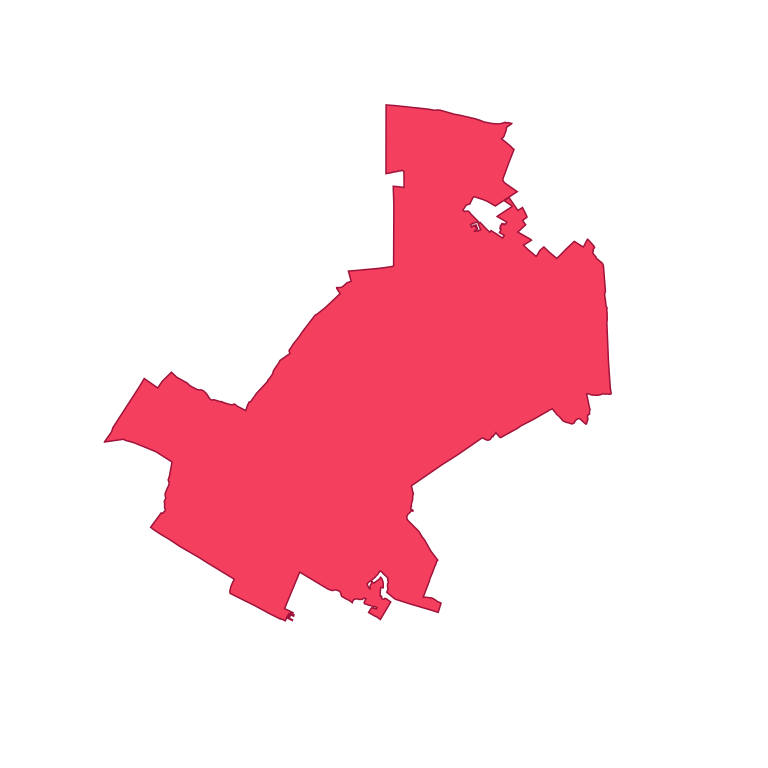 the district of Simnicu De Sus, Dolj, Romania, rotated 228°
{"feature_id": "2599482B71423857847372", "entity_name": "Simnicu De Sus", "entity_type": "district", "adm_level": 2, "iso_a3": "ROU", "parent_name": "Romania", "parent_adm1": "Dolj", "projection": "equal_earth", "projection_center": [23.793, 44.407], "detail": "fine", "context": "isolated", "style": "filled", "palette": "rose", "viewbox_px": 768, "rotation_deg": 228, "n_neighbors": 0, "source": "geoboundaries", "source_scale": "gbopen_adm2", "svg_char_len": 6159}
<svg xmlns="http://www.w3.org/2000/svg" viewBox="0 0 768 768"><g transform="rotate(228 384 384)"><path d="M497.4,649.2L498.8,646.0L500.5,643.2L502.4,641.5L504.3,639.4L511.6,633.8L516.1,631.6L519.8,629.4L532.9,620.3L537.4,616.8L550.0,608.9L551.9,607.1L553.4,604.9L558.4,601.0L583.4,578.6L590.0,572.3L539.0,526.2L535.8,531.4L534.9,533.3L534.0,534.4L532.6,537.1L531.6,538.4L530.5,540.6L528.6,541.0L516.7,530.5L524.8,523.2L510.0,510.7L465.2,470.0L466.8,467.2L472.9,458.2L491.7,433.1L482.3,428.3L484.0,424.2L484.0,418.7L484.5,416.7L487.3,413.3L486.6,412.8L480.5,411.8L480.2,411.5L480.5,410.3L480.1,394.4L480.1,390.2L480.8,380.3L481.2,379.6L481.1,378.0L477.5,358.7L475.9,352.2L474.3,342.7L473.4,340.0L472.8,336.7L472.0,335.5L469.5,334.4L469.9,332.3L471.1,322.4L470.3,320.6L468.1,311.4L467.1,309.4L466.4,308.8L465.9,307.3L465.0,303.8L464.5,300.1L463.7,298.4L462.4,282.9L461.6,279.9L460.3,273.8L460.3,272.7L460.9,271.8L459.5,268.4L457.4,264.6L456.7,263.6L457.7,263.1L465.7,260.1L468.6,259.7L469.4,259.3L470.0,257.2L472.9,255.1L478.7,251.7L479.3,251.8L480.8,250.3L486.1,247.1L487.3,245.3L488.6,244.7L490.0,244.6L494.1,245.5L496.7,245.6L499.0,245.4L501.7,244.5L503.5,242.5L505.0,241.4L511.3,239.1L512.9,238.6L516.4,238.4L527.7,234.5L535.0,233.9L534.4,221.1L532.5,213.2L548.5,209.5L545.6,200.1L533.0,153.4L531.3,150.5L530.5,148.6L528.1,137.8L527.9,137.5L527.3,138.4L517.0,153.8L516.1,153.7L515.2,154.1L507.8,158.8L486.5,169.1L467.9,174.3L459.3,163.1L457.6,160.3L457.2,159.4L454.9,158.5L454.7,158.7L453.4,157.1L452.5,155.6L451.5,153.0L449.2,148.4L448.5,147.4L445.1,145.3L443.8,142.1L442.8,141.6L438.6,138.0L437.1,137.6L436.4,136.9L436.0,133.0L437.3,132.2L433.7,114.7L429.6,115.4L421.7,117.5L412.1,120.5L399.9,123.6L378.6,130.5L369.5,133.0L339.2,142.1L337.5,138.0L335.7,134.3L333.3,130.9L331.4,129.5L305.6,139.7L289.5,145.4L278.7,149.7L278.9,150.2L274.0,152.2L275.4,155.3L269.6,157.6L269.9,158.2L275.8,155.9L276.2,156.9L273.8,157.9L274.4,159.0L276.5,158.3L276.9,159.4L272.0,161.4L272.7,162.7L276.5,161.1L276.8,161.9L274.6,162.8L274.9,163.4L283.6,159.8L300.6,195.5L269.2,205.1L265.5,207.0L264.5,208.2L264.3,209.0L263.2,210.4L262.0,211.2L260.0,212.1L258.5,212.2L254.6,210.4L250.0,211.9L246.0,213.5L242.7,214.1L243.8,216.1L243.9,217.0L243.7,217.9L242.9,219.6L242.3,220.3L241.3,220.8L240.0,221.9L238.5,223.7L238.0,226.4L236.4,226.8L236.4,226.3L235.8,225.1L235.1,223.2L234.7,222.8L233.9,222.5L229.4,224.9L227.9,226.1L225.1,227.4L225.0,228.2L222.6,229.2L222.0,227.8L226.1,224.9L224.5,219.6L217.4,222.0L215.7,222.8L211.4,223.7L217.5,243.2L220.9,242.4L222.0,242.3L224.0,241.4L224.2,241.0L223.9,240.4L225.6,238.7L227.0,239.4L227.7,240.1L227.9,240.1L227.8,239.5L228.1,239.5L228.3,239.9L229.1,239.3L231.6,241.7L234.9,245.4L234.9,245.7L233.1,246.9L233.1,247.1L233.7,247.7L236.4,250.1L237.7,250.9L240.5,252.1L242.6,252.2L242.8,252.1L242.7,251.7L242.2,250.8L242.1,250.2L242.8,243.3L243.4,243.0L244.9,243.1L245.5,242.8L244.0,240.9L243.8,239.5L243.3,238.8L242.1,237.2L241.0,236.7L241.2,236.3L243.9,236.6L246.6,237.6L246.8,238.0L246.9,240.9L246.5,242.6L246.3,247.9L246.6,249.9L246.7,251.9L247.7,255.8L245.6,256.8L244.1,256.5L239.7,256.9L237.3,256.9L236.7,256.7L236.3,256.0L235.6,255.4L234.4,254.9L233.6,254.2L233.0,252.9L231.6,251.4L230.1,250.4L229.1,250.1L227.4,246.7L217.7,248.1L216.6,248.4L215.1,249.2L201.9,256.9L184.1,267.9L178.0,271.4L183.0,279.8L186.6,278.2L189.9,277.5L192.7,276.5L197.6,272.4L199.3,270.5L207.5,286.4L208.4,287.4L211.5,294.1L214.3,299.2L215.4,302.1L216.4,303.4L217.1,305.4L217.1,306.1L228.3,307.0L240.9,309.8L245.2,310.1L251.1,311.3L267.0,310.5L269.2,311.3L270.2,312.2L271.2,314.6L271.2,317.6L271.4,319.6L270.4,320.2L270.2,320.8L272.0,320.8L272.5,319.9L274.7,321.6L274.5,322.3L275.8,323.3L276.9,324.7L278.6,327.5L281.7,330.6L282.7,332.4L285.5,333.7L287.8,335.1L289.4,335.7L290.0,336.3L285.2,373.2L282.1,391.6L278.4,420.0L277.6,421.6L275.6,421.9L273.1,423.2L272.0,424.7L271.8,426.7L272.8,429.3L271.9,429.7L272.4,431.1L272.6,433.3L273.0,434.6L266.6,434.4L266.0,435.2L261.8,453.4L261.3,457.7L257.7,471.3L254.0,488.5L254.0,489.8L253.3,491.0L252.9,492.5L251.8,492.6L250.3,492.2L249.0,492.3L246.0,492.0L241.8,492.5L240.6,492.3L239.5,492.5L237.2,492.2L235.4,493.1L234.2,493.3L231.6,495.2L229.9,496.0L228.4,497.1L227.9,498.7L227.9,499.6L228.5,501.0L228.8,502.9L228.4,504.6L228.0,505.5L227.3,506.2L219.7,507.0L218.9,507.4L219.1,508.2L221.8,512.5L223.0,512.7L224.6,514.5L224.1,516.0L224.1,516.6L226.3,518.6L227.3,520.2L228.6,520.7L241.0,527.9L240.2,529.2L237.0,530.9L232.6,535.2L230.7,538.7L230.1,540.5L228.3,541.7L227.1,543.5L225.2,544.9L224.8,546.4L230.0,549.8L250.9,566.2L280.4,590.6L282.4,592.9L287.1,597.0L289.2,598.5L291.5,600.8L293.4,601.2L298.3,604.8L301.8,607.0L303.6,608.6L304.5,610.4L325.2,626.3L326.7,626.9L328.2,627.0L335.4,625.9L336.9,626.6L339.3,626.5L341.8,626.9L342.3,627.2L342.6,628.4L343.9,629.2L344.6,631.9L346.4,632.3L355.3,632.3L355.4,632.1L354.6,629.6L352.8,625.0L352.6,623.7L362.7,620.8L362.4,609.2L361.8,600.2L361.8,596.4L371.1,595.1L378.9,594.5L379.0,589.1L377.4,584.5L377.1,582.4L388.4,580.9L393.8,580.6L392.2,589.8L393.3,589.8L407.4,585.1L407.5,595.8L412.8,596.4L412.3,602.0L415.7,603.2L422.5,605.0L423.4,599.6L439.0,601.7L439.8,596.0L430.9,598.2L430.3,598.1L430.2,597.9L432.8,580.9L432.8,580.1L422.2,583.6L421.4,580.7L422.9,580.4L422.6,579.6L424.3,579.1L423.6,576.1L422.9,576.2L422.1,574.1L420.5,574.5L419.2,571.1L413.9,572.8L413.2,569.7L419.8,568.1L426.4,566.2L426.1,564.1L432.5,563.7L439.6,563.6L440.1,561.2L433.9,559.1L435.0,556.4L434.7,556.2L436.1,555.3L436.2,554.0L436.9,553.6L436.7,557.4L437.6,557.8L438.1,556.9L439.3,557.2L439.2,558.4L440.7,558.8L440.8,557.0L441.8,557.1L442.1,554.2L444.4,554.8L444.3,555.7L443.8,557.2L444.2,557.3L442.3,560.5L441.3,562.8L452.1,562.3L454.9,562.5L456.4,562.1L458.3,559.4L460.4,559.0L461.9,564.8L460.4,568.3L462.8,574.3L463.0,575.5L462.7,576.3L462.1,576.8L454.6,581.1L450.6,583.0L441.8,585.8L437.8,611.7L452.9,608.2L454.0,608.3L456.6,609.1L465.5,626.0L471.3,637.6L473.9,637.2L476.3,637.2L487.6,635.4L487.5,637.7L488.1,639.7L489.0,640.8L490.2,643.6L492.8,647.0L492.0,652.7L492.2,653.3L494.0,651.8L494.6,651.7L495.4,650.9L496.6,649.1L497.4,649.2Z" fill="#f43f5e" stroke="#9f1239" stroke-width="1.5"/></g></svg>